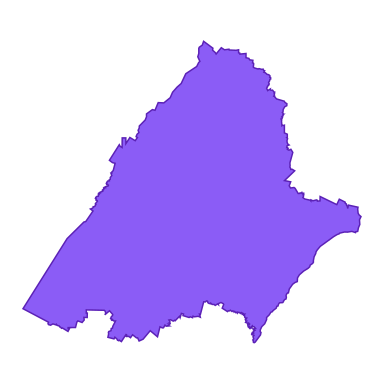 Tararua District, Manawatu-Wanganui, New Zealand (Equal Earth projection)
{"feature_id": "76426892B74237617683232", "entity_name": "Tararua District", "entity_type": "district", "adm_level": 2, "iso_a3": "NZL", "parent_name": "New Zealand", "parent_adm1": "Manawatu-Wanganui", "projection": "equal_earth", "projection_center": [176.211, -40.389], "detail": "fine", "context": "isolated", "style": "filled", "palette": "violet", "viewbox_px": 384, "rotation_deg": 0, "n_neighbors": 0, "source": "geoboundaries", "source_scale": "gbopen_adm2", "svg_char_len": 6002}
<svg xmlns="http://www.w3.org/2000/svg" viewBox="0 0 384 384"><path d="M255.2,342.1L260.5,334.9L261.0,332.4L260.2,331.7L260.3,329.8L261.8,326.6L264.7,323.8L266.6,319.6L266.6,317.5L269.3,314.8L270.8,312.3L272.5,311.6L272.9,310.7L276.2,308.2L276.8,306.3L278.0,306.0L278.6,304.0L279.5,302.8L282.7,302.6L283.5,301.6L283.6,300.8L284.9,299.4L286.0,299.0L286.4,297.1L286.0,295.9L286.5,294.2L287.6,292.9L288.4,292.9L289.3,289.0L292.6,284.3L295.0,282.5L297.3,281.6L297.5,277.9L299.4,274.8L303.6,271.1L308.1,268.3L309.8,266.7L310.1,265.2L312.7,263.4L313.5,262.0L313.3,261.2L314.1,256.8L315.7,253.6L316.1,251.7L317.3,249.9L320.2,246.4L333.7,236.6L337.2,234.5L339.2,233.8L339.5,233.2L344.6,232.0L347.5,232.1L351.9,231.4L355.5,232.6L355.7,231.8L357.7,231.4L358.5,227.6L359.8,224.5L359.5,219.8L361.0,216.6L359.0,214.8L358.1,213.1L357.7,209.2L358.0,207.2L348.4,205.1L347.7,208.5L347.3,206.2L346.6,205.4L346.3,203.9L345.3,203.3L345.1,202.1L339.3,199.2L336.8,204.6L320.1,196.5L320.0,200.9L317.4,201.1L317.2,200.2L316.5,199.9L312.9,200.8L311.0,199.9L310.9,201.0L310.2,200.2L304.8,199.0L302.9,197.6L303.5,196.3L303.6,195.1L303.2,194.9L303.8,194.6L303.7,193.2L302.4,193.4L301.9,192.4L301.3,193.1L300.1,192.9L299.8,193.4L298.2,193.5L295.1,188.3L294.0,187.5L290.5,188.0L289.2,185.8L290.7,181.8L284.5,180.6L294.7,170.8L292.2,169.3L290.7,169.4L290.6,168.4L289.8,167.0L290.1,165.9L289.9,162.9L292.8,152.4L290.9,149.3L289.0,150.2L287.4,149.4L288.1,148.4L287.6,148.3L287.5,147.6L286.7,147.6L287.1,145.7L289.1,145.0L287.7,143.9L287.1,142.3L287.0,140.5L287.6,138.6L286.8,137.7L287.3,137.6L287.3,134.2L284.4,132.9L284.4,125.3L283.9,125.6L282.7,125.1L281.9,125.7L281.5,120.7L281.7,120.2L281.0,119.0L281.9,118.6L281.8,118.1L282.0,118.5L282.6,117.0L281.8,116.8L283.3,115.0L283.1,114.6L283.5,114.3L283.1,114.3L283.3,113.8L282.4,112.5L283.0,112.0L283.2,109.5L284.7,106.8L286.8,105.7L286.9,103.7L284.9,102.4L284.3,101.2L276.5,98.9L274.6,96.7L274.7,96.3L273.8,96.2L274.2,95.4L274.6,93.1L274.2,93.0L274.6,92.1L274.0,92.0L272.5,90.1L271.0,90.3L270.2,89.6L270.3,89.0L267.7,90.6L266.6,88.2L267.6,86.7L267.4,86.3L268.9,84.9L268.6,84.5L269.2,83.9L268.6,82.4L269.7,80.7L269.8,79.3L270.7,79.0L270.6,77.5L269.7,77.2L270.0,75.9L268.8,74.7L267.0,74.3L265.4,72.8L263.8,72.2L264.7,70.8L263.6,70.3L263.1,69.1L261.9,69.4L259.0,68.6L258.1,69.0L254.3,67.9L253.3,67.1L253.7,63.8L253.4,63.1L252.5,62.9L252.9,60.3L249.6,59.8L248.9,58.4L246.0,57.7L246.0,53.5L239.9,54.1L239.8,53.1L238.6,52.8L238.6,49.8L236.1,50.3L229.2,50.0L229.0,49.2L224.5,49.8L221.3,47.7L216.1,54.0L215.2,52.5L212.6,50.2L212.9,48.2L203.6,41.3L202.3,45.1L199.3,47.2L198.8,48.3L198.8,53.4L197.8,56.8L199.9,61.4L198.7,62.5L196.7,66.5L185.8,73.7L181.2,83.5L177.1,87.1L172.6,92.2L170.2,97.7L163.8,102.9L158.2,102.6L155.0,110.3L152.4,109.6L146.5,113.9L146.5,116.8L145.2,120.0L139.3,126.0L139.2,128.1L138.1,130.3L138.9,132.6L137.2,134.1L136.6,135.3L136.1,136.7L137.4,137.5L135.2,140.7L129.9,137.5L125.9,143.6L125.8,137.9L122.2,137.9L122.1,147.5L120.1,146.3L119.3,144.7L109.4,160.3L112.4,162.6L115.1,163.3L113.2,170.6L111.9,171.9L111.8,173.0L112.5,173.2L110.9,173.1L111.8,175.6L110.3,177.4L110.2,179.4L109.1,180.0L109.3,180.8L107.6,181.1L106.7,182.5L106.9,182.9L106.3,183.4L106.7,184.5L107.6,184.5L108.4,185.2L108.1,186.0L105.3,186.7L105.6,187.6L104.1,187.6L104.3,188.2L103.6,188.2L103.7,189.5L102.8,189.8L102.9,190.6L102.4,190.5L102.4,191.4L100.3,192.1L100.4,192.7L99.9,192.6L99.6,193.5L99.2,192.9L98.5,193.3L98.3,194.4L98.6,194.7L98.3,196.2L97.1,196.3L95.7,197.4L96.0,198.3L95.5,198.5L96.1,199.4L96.1,200.3L97.2,200.5L97.4,201.3L95.4,203.6L95.9,204.6L95.3,205.0L95.3,205.8L94.1,206.7L93.2,206.7L93.2,207.5L92.3,208.3L90.4,209.0L93.0,211.0L85.7,221.6L83.9,222.0L67.1,238.6L23.0,308.7L48.5,322.2L48.0,323.7L48.5,324.6L50.6,325.2L52.9,323.9L56.0,324.9L56.3,324.3L57.2,325.4L59.3,326.0L59.7,326.9L60.5,327.1L61.5,328.3L62.4,328.0L68.0,331.4L69.3,328.9L68.1,328.6L68.1,327.6L75.5,327.5L76.9,322.0L77.9,320.9L82.1,322.5L84.2,320.0L83.9,317.4L87.2,317.5L87.3,313.1L86.3,313.1L86.3,309.9L104.3,310.3L105.3,311.4L105.7,313.4L104.8,314.8L109.5,310.8L112.7,314.4L112.5,315.6L111.4,316.6L110.6,318.5L111.3,318.8L111.3,319.7L111.8,320.3L112.5,320.3L112.6,319.8L113.7,320.9L115.5,321.0L112.8,326.3L112.5,328.1L111.2,328.5L111.0,330.7L108.8,331.5L108.4,332.3L108.6,333.9L107.9,337.3L114.0,338.9L114.9,337.2L117.1,339.2L117.5,340.2L118.7,340.7L119.2,340.2L121.4,341.6L126.0,334.5L126.5,334.7L126.1,336.3L126.4,336.5L127.0,335.9L127.7,336.5L128.8,336.4L130.5,337.7L132.6,334.8L136.5,337.9L137.6,337.8L139.1,341.0L143.1,339.2L150.2,330.7L157.5,336.8L160.0,326.8L162.3,327.9L163.5,327.8L165.0,325.1L166.2,326.2L169.3,325.9L168.1,325.3L170.2,323.7L169.9,322.9L169.2,322.9L169.9,322.5L169.9,321.5L168.9,320.0L170.5,319.7L173.2,321.1L174.5,320.3L175.1,320.8L179.5,316.3L180.1,317.7L181.4,313.4L183.5,314.0L183.0,315.6L189.1,317.5L190.3,316.8L192.6,317.7L193.0,316.2L194.5,316.8L198.2,316.3L200.3,317.2L199.5,314.1L200.4,314.4L203.7,301.8L205.5,301.9L206.5,300.9L207.1,301.0L207.6,301.4L207.9,302.7L208.9,303.4L210.6,303.8L210.8,303.2L212.1,304.4L214.2,304.5L215.2,305.4L217.6,303.9L218.4,304.6L218.2,303.7L221.0,302.5L223.3,303.7L223.7,304.4L222.2,308.2L227.5,311.6L228.4,310.8L229.4,310.9L230.3,310.2L232.0,311.5L232.8,310.9L234.0,311.4L234.1,312.0L234.8,311.5L235.8,312.7L237.0,312.1L237.4,313.2L238.2,312.3L239.5,312.5L240.3,313.4L241.2,312.5L242.8,313.3L242.0,313.9L242.2,314.4L244.7,314.2L243.8,315.4L244.7,316.0L244.7,317.2L245.6,318.0L246.7,318.0L246.3,318.9L245.3,319.3L245.8,320.9L246.7,321.1L245.6,322.4L247.4,323.1L248.6,323.0L249.6,324.0L249.4,324.6L248.2,323.9L247.6,324.2L248.2,326.9L249.3,327.7L249.1,326.6L250.0,327.1L249.5,328.1L250.0,328.6L250.7,327.7L251.9,328.1L251.7,326.5L252.3,325.9L252.5,326.7L253.9,326.6L255.5,328.3L253.2,329.0L253.3,329.7L255.0,330.2L253.2,331.6L253.7,333.1L253.0,333.3L252.2,332.8L251.6,334.2L252.0,334.8L253.8,335.1L254.0,335.5L253.0,336.7L253.7,338.8L252.8,340.0L253.3,340.6L253.3,342.1L254.1,342.7L255.2,342.1Z" fill="#8b5cf6" stroke="#5b21b6" stroke-width="1.5"/></svg>